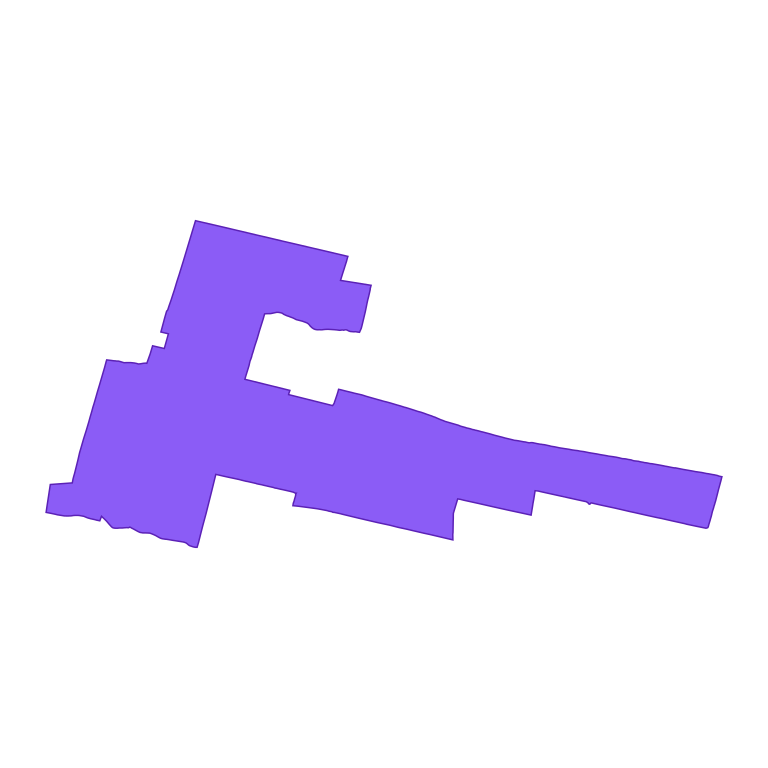 Gradinile, Olt, Romania
{"feature_id": "2599482B70772159290730", "entity_name": "Gradinile", "entity_type": "district", "adm_level": 2, "iso_a3": "ROU", "parent_name": "Romania", "parent_adm1": "Olt", "projection": "robinson", "projection_center": [24.386, 43.959], "detail": "fine", "context": "isolated", "style": "filled", "palette": "violet", "viewbox_px": 768, "rotation_deg": 0, "n_neighbors": 0, "source": "geoboundaries", "source_scale": "gbopen_adm2", "svg_char_len": 6091}
<svg xmlns="http://www.w3.org/2000/svg" viewBox="0 0 768 768"><path d="M721.9,476.7L721.2,476.6L719.9,476.3L718.6,476.0L717.8,475.6L717.0,475.4L714.2,474.8L712.3,474.5L708.7,473.8L706.5,473.5L701.7,472.5L699.6,472.2L695.4,471.6L692.9,471.1L688.9,470.4L683.1,469.4L675.6,467.9L674.4,467.9L672.1,467.5L666.6,466.4L665.2,466.2L663.5,465.8L659.8,465.1L656.4,464.5L651.8,463.7L650.2,463.6L647.5,463.0L645.5,462.7L644.4,462.6L643.3,462.3L640.4,461.8L638.6,461.3L634.0,460.8L632.5,460.4L631.2,459.9L628.0,459.4L626.3,459.0L625.0,458.8L622.2,458.6L619.1,457.8L615.8,457.1L614.9,457.0L613.2,456.7L608.6,456.1L606.2,455.6L600.2,454.6L597.2,454.0L589.2,452.7L583.8,451.6L580.0,451.1L577.6,450.6L574.9,450.3L572.1,449.9L569.1,449.3L559.3,447.8L557.5,447.4L554.6,446.8L552.0,446.4L550.8,446.2L549.9,445.9L545.8,445.0L544.4,444.7L542.5,444.5L541.6,444.3L540.2,444.2L537.0,443.6L532.8,442.7L531.7,442.6L531.0,442.6L529.6,442.8L529.0,442.8L527.0,442.4L525.5,442.0L523.7,441.8L518.4,440.8L516.4,440.5L514.4,440.3L512.2,439.7L505.0,438.0L502.6,437.3L494.4,435.2L489.7,433.8L485.8,432.8L482.8,432.0L481.0,431.6L479.0,431.0L476.1,430.3L475.7,430.3L474.8,430.0L473.7,429.7L473.0,429.6L472.1,429.4L471.6,429.2L470.4,428.8L468.8,428.4L466.5,427.9L465.5,427.5L460.7,426.2L458.3,425.2L449.3,422.6L445.1,421.4L443.5,420.7L440.7,419.7L436.1,417.7L435.3,417.3L432.9,416.5L431.6,415.9L430.9,415.7L429.7,415.3L428.0,414.7L426.8,414.3L424.2,413.3L420.6,412.1L419.3,411.8L417.5,411.3L414.2,410.2L408.9,408.5L405.7,407.5L404.7,407.3L400.0,405.8L397.1,405.0L390.8,403.1L389.0,402.6L386.4,401.9L384.3,401.4L382.1,400.8L369.0,397.1L365.9,396.2L364.4,395.7L361.9,394.9L354.0,393.1L352.2,392.6L346.0,391.1L340.1,389.6L338.6,389.3L338.0,391.6L336.9,395.1L335.1,400.4L334.8,401.2L334.5,402.1L334.2,403.2L333.7,404.0L332.6,405.6L288.6,394.6L288.9,393.3L289.9,390.4L266.0,384.5L244.9,379.3L245.6,376.7L249.0,365.7L249.4,363.8L250.0,361.2L250.9,358.9L251.6,356.9L252.1,354.7L252.9,352.4L254.9,345.6L256.4,341.1L257.3,338.3L259.4,331.0L263.2,318.9L264.6,313.9L265.3,313.8L266.7,313.7L270.7,313.6L271.7,313.4L274.9,312.7L276.9,312.3L278.8,312.4L281.3,312.9L281.9,313.1L282.8,313.6L283.7,314.3L284.8,314.8L286.1,315.4L287.3,315.9L288.4,316.2L290.4,317.0L292.6,317.8L293.5,318.2L296.2,319.6L302.4,321.2L305.4,322.3L307.1,323.0L308.3,323.8L309.2,324.7L310.0,325.8L311.0,326.8L312.1,327.8L313.6,328.8L315.0,329.4L316.6,329.7L318.0,329.8L319.1,329.7L320.6,329.8L321.9,329.8L323.4,329.6L325.3,329.4L328.0,329.3L334.5,329.7L336.6,329.9L339.8,330.3L341.3,330.1L341.8,330.0L342.9,330.0L343.6,330.2L345.2,329.8L346.2,329.8L347.3,330.2L348.6,330.9L350.3,331.5L353.8,331.8L355.6,331.7L357.2,332.0L359.5,332.3L361.2,328.5L361.6,327.1L362.4,323.9L363.8,318.0L365.3,311.7L366.4,306.4L367.0,303.3L367.8,299.7L368.6,296.7L370.2,289.7L370.2,288.8L370.4,288.0L371.1,285.3L340.5,280.4L341.1,278.5L342.8,273.0L344.0,269.3L345.5,264.5L346.5,261.4L347.5,257.6L347.9,256.4L307.0,246.8L282.5,241.1L268.7,237.8L257.4,235.2L230.8,228.9L195.5,220.7L183.3,261.2L179.0,275.1L177.0,281.2L174.3,290.2L173.3,293.2L171.1,300.0L168.9,306.3L167.7,310.0L166.6,311.2L164.7,317.8L160.9,332.0L168.4,333.8L164.3,348.5L152.6,345.8L150.1,354.1L146.8,363.3L145.7,363.1L143.3,363.3L140.5,363.8L138.4,364.0L136.8,363.5L134.4,363.0L130.7,362.6L127.0,362.6L124.0,362.7L123.0,362.4L119.7,361.4L118.4,361.1L116.8,361.1L115.5,360.9L113.8,360.8L111.7,360.5L106.7,359.9L106.2,361.4L105.9,362.6L104.5,367.8L102.8,373.6L100.7,380.8L99.3,385.6L97.6,391.2L95.7,397.9L93.9,404.1L93.0,406.9L91.8,411.3L90.0,417.5L88.8,421.9L86.2,430.6L83.6,438.8L80.7,448.9L79.6,452.6L78.1,459.2L77.4,462.1L74.6,473.3L73.7,476.4L73.0,479.1L72.3,482.9L50.3,484.5L48.7,495.1L47.0,506.2L46.1,512.4L50.3,513.2L55.5,514.3L57.4,514.8L61.8,515.5L64.2,515.9L67.4,516.0L70.3,515.9L71.6,515.8L73.4,515.5L75.0,515.4L78.1,515.4L79.3,515.5L80.5,515.7L83.8,516.3L87.4,517.8L90.5,518.7L95.1,519.7L96.4,520.1L99.8,520.8L101.5,516.3L102.9,517.6L104.3,518.9L106.6,521.2L109.3,524.4L110.5,525.7L111.2,526.5L112.1,527.3L112.7,527.7L113.7,528.0L115.2,528.2L117.4,528.2L119.4,528.0L122.3,528.0L124.1,527.8L125.8,527.7L126.7,527.6L127.7,527.7L128.7,527.7L129.5,527.2L130.4,527.3L131.8,528.2L133.1,528.8L137.8,531.4L139.7,532.3L140.4,532.5L141.7,532.7L142.7,532.9L145.3,532.9L149.7,533.1L151.2,533.6L153.4,534.5L155.8,535.6L156.8,536.2L158.2,537.0L159.3,537.6L160.5,538.2L162.1,538.7L165.3,539.2L166.7,539.3L169.8,539.8L173.1,540.4L175.2,540.7L183.3,542.0L184.7,542.4L185.8,542.8L187.0,543.6L188.0,544.5L188.7,545.1L189.7,545.7L193.3,546.9L195.4,547.3L197.1,547.3L198.6,542.2L200.6,534.2L202.9,525.2L206.1,513.4L211.9,490.3L215.8,474.4L218.6,475.0L223.3,476.1L226.9,476.9L239.1,479.5L241.7,480.2L246.2,481.3L247.5,481.5L255.8,483.4L256.9,483.8L259.8,484.4L261.9,484.8L264.2,485.4L266.1,485.8L267.7,486.2L273.5,487.5L274.5,487.9L275.2,488.1L276.3,488.2L280.4,489.2L282.9,489.7L290.3,491.4L293.4,492.2L294.6,492.8L295.5,493.2L296.2,493.2L295.7,494.0L295.7,495.0L295.3,496.7L294.7,498.6L294.0,501.3L293.3,503.1L292.9,505.7L298.1,506.2L308.8,507.6L313.2,508.2L317.5,508.8L321.4,509.5L327.1,510.6L329.0,511.2L331.8,511.7L332.2,512.0L332.9,512.3L334.3,512.4L340.4,513.7L342.2,514.2L359.2,518.3L377.2,522.5L389.8,525.2L398.4,527.4L407.3,529.3L412.7,530.6L424.3,533.3L429.5,534.4L452.9,539.9L452.8,534.5L453.0,532.4L453.2,521.0L453.3,518.4L453.3,515.2L453.4,513.2L457.7,498.9L460.6,499.4L463.7,500.2L477.8,503.3L495.4,507.3L508.9,510.3L520.6,512.8L531.1,515.1L532.5,506.7L533.0,503.3L533.8,499.0L535.1,490.7L538.1,491.0L541.4,491.8L560.4,496.0L577.5,499.8L586.3,501.7L587.2,502.3L588.0,502.8L588.4,503.4L588.9,504.0L589.8,504.2L590.3,503.7L591.1,502.9L591.8,503.0L596.5,504.1L600.9,505.1L614.0,507.9L620.6,509.4L630.0,511.6L634.7,512.6L646.6,515.3L652.1,516.5L657.1,517.6L661.7,518.5L667.4,519.8L672.7,521.0L684.5,523.6L686.6,524.2L696.5,526.3L705.9,528.2L706.9,528.0L707.8,527.6L708.3,526.6L708.9,524.3L709.3,523.0L710.2,520.1L710.4,519.2L711.3,516.2L712.3,511.9L712.6,510.9L713.6,507.8L714.0,506.2L714.6,504.4L715.0,502.9L715.6,501.0L717.3,494.4L718.5,489.6L721.0,480.4L721.9,476.7Z" fill="#8b5cf6" stroke="#5b21b6" stroke-width="1.5"/></svg>